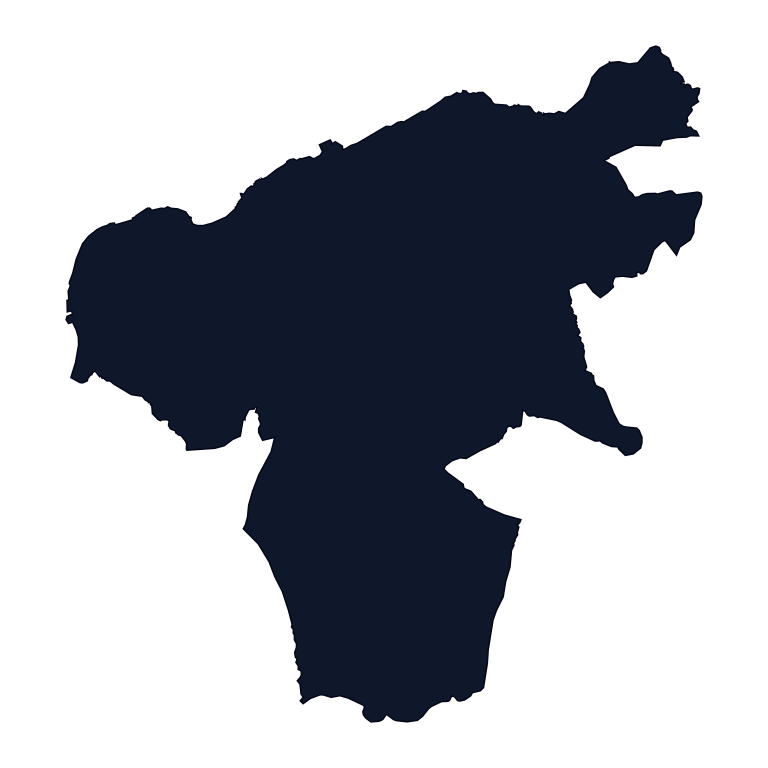 Kota Kupang, Nusa Tenggara Timur, Indonesia (Mercator projection)
{"feature_id": "22746128B56606429525327", "entity_name": "Kota Kupang", "entity_type": "district", "adm_level": 2, "iso_a3": "IDN", "parent_name": "Indonesia", "parent_adm1": "Nusa Tenggara Timur", "projection": "mercator", "projection_center": [123.613, -10.211], "detail": "fine", "context": "isolated", "style": "filled", "palette": "ink", "viewbox_px": 768, "rotation_deg": 0, "n_neighbors": 0, "source": "geoboundaries", "source_scale": "gbopen_adm2", "svg_char_len": 6042}
<svg xmlns="http://www.w3.org/2000/svg" viewBox="0 0 768 768"><path d="M70.9,377.6L80.0,382.6L82.6,382.9L87.4,380.8L87.7,378.7L90.3,375.2L91.9,374.6L92.6,372.7L95.1,371.0L99.7,376.8L101.1,376.0L102.0,378.2L103.6,378.2L106.8,380.9L110.2,381.0L113.6,383.9L131.3,394.6L142.3,396.3L145.1,399.9L148.3,401.6L148.5,402.6L150.3,402.5L150.5,404.6L151.8,405.8L152.4,413.6L158.1,419.6L160.5,420.7L161.6,419.9L167.2,419.7L169.2,420.9L168.5,425.4L170.4,428.9L175.3,430.8L175.7,432.7L178.9,435.2L180.8,435.3L185.3,440.9L186.7,444.1L186.3,449.0L186.9,450.2L214.7,448.3L224.3,445.7L232.5,439.5L240.3,436.0L242.9,420.6L243.9,419.4L245.0,419.9L245.1,417.3L248.2,411.0L249.5,409.4L254.2,409.0L255.2,406.8L257.0,407.4L255.5,412.2L258.8,413.6L258.6,414.9L259.7,415.2L258.6,418.6L260.4,422.8L260.5,424.9L258.6,428.4L258.7,432.6L262.6,440.3L274.7,437.4L271.1,451.8L258.8,474.9L252.6,491.3L248.7,505.0L247.5,517.1L245.5,524.7L243.3,528.8L258.2,543.8L269.1,561.8L274.8,576.6L282.4,591.6L288.5,610.3L292.1,624.3L291.5,627.1L293.4,629.5L293.2,633.2L294.4,634.8L294.4,639.9L296.5,643.7L296.4,647.5L294.7,652.5L295.4,657.2L297.1,659.0L296.0,662.5L298.4,666.2L298.2,669.5L300.7,670.6L301.3,672.1L301.3,675.0L300.4,677.1L297.3,680.8L300.0,684.1L301.1,694.0L303.2,697.3L300.2,700.8L303.1,703.7L310.6,698.3L320.1,694.8L323.1,694.9L331.2,697.3L339.9,695.7L348.3,698.1L363.3,705.2L364.6,707.0L362.8,711.8L363.5,715.0L365.9,718.2L370.9,721.9L378.6,721.3L381.3,720.4L383.2,718.9L386.4,714.3L393.6,719.6L396.2,720.6L407.2,721.8L417.5,720.3L422.7,716.1L428.6,708.6L431.4,706.4L441.5,701.6L448.1,701.3L449.6,700.4L451.6,696.0L454.6,696.8L457.6,700.6L459.8,701.0L464.5,700.0L470.5,696.0L472.5,692.6L480.3,690.8L483.5,687.6L487.3,663.6L488.2,649.7L493.0,620.1L496.4,610.4L503.2,596.8L505.6,581.7L510.0,567.0L511.5,550.3L513.9,545.3L513.7,543.3L513.1,543.2L514.8,541.4L515.3,538.6L517.7,534.7L517.2,532.8L518.8,527.1L517.3,525.1L519.7,522.7L520.9,519.7L503.9,514.9L485.9,507.0L483.0,504.4L482.5,501.9L480.2,499.5L478.2,499.7L470.8,491.2L465.2,489.0L463.7,487.7L463.2,484.3L447.8,473.0L443.9,469.0L445.5,465.7L452.0,460.7L460.1,457.8L466.1,458.5L479.7,450.8L495.4,443.6L497.2,441.7L498.2,442.1L500.5,438.6L502.0,438.6L503.7,434.4L506.3,431.2L506.7,427.7L509.0,426.2L511.2,426.3L513.2,428.3L516.4,426.8L519.9,426.4L521.1,425.1L522.7,410.3L525.3,411.3L527.3,414.7L529.2,416.0L534.6,415.6L537.6,417.5L540.0,416.9L556.6,420.3L561.5,422.4L580.4,434.3L595.2,441.1L600.1,440.8L602.5,442.9L611.5,446.5L617.9,446.9L618.7,449.0L625.3,455.4L633.3,453.9L640.6,448.0L641.9,443.0L642.0,437.4L639.2,430.5L636.8,428.1L625.8,427.0L622.9,426.3L619.0,423.7L613.3,412.6L605.7,392.9L603.4,389.1L595.9,385.5L593.8,380.6L593.5,375.8L591.8,374.8L591.2,373.3L585.0,370.6L586.6,366.9L583.7,356.8L584.3,351.2L583.6,348.8L582.3,348.3L583.7,346.8L582.6,343.4L581.4,342.7L580.5,340.5L580.8,337.7L577.6,335.5L579.9,332.4L578.7,329.2L576.8,327.4L577.2,325.3L575.7,324.3L576.8,322.3L575.7,320.4L576.5,318.8L576.3,316.2L572.6,314.0L573.1,312.0L572.4,309.2L569.4,305.3L571.3,303.3L570.9,301.4L571.5,300.3L569.6,295.3L568.7,289.4L578.6,283.7L585.9,282.2L593.2,291.9L600.4,297.7L607.6,292.5L613.5,286.9L612.5,284.0L613.4,279.9L615.1,276.9L622.4,276.2L632.1,277.3L636.8,275.9L636.3,273.2L638.9,271.9L640.6,273.7L642.8,273.7L646.4,270.9L653.9,249.7L662.3,241.6L665.3,240.5L676.5,255.2L679.7,247.1L690.3,239.8L693.7,232.9L694.6,219.9L701.0,204.7L701.9,196.5L700.8,193.2L697.6,192.1L676.1,194.9L672.0,191.1L669.7,190.9L657.4,194.1L655.3,193.4L647.0,193.6L642.3,194.7L638.6,197.0L634.6,197.4L632.1,193.5L627.8,189.8L626.0,184.8L616.0,167.3L603.7,160.5L608.9,158.2L609.2,156.7L635.0,145.2L660.1,145.8L662.6,140.2L676.9,137.5L686.5,137.1L690.3,135.7L698.7,135.9L696.4,131.2L693.2,130.0L690.6,127.1L687.1,127.3L685.6,123.6L687.8,121.2L687.1,117.1L691.9,110.9L692.1,109.3L690.6,107.0L698.6,101.6L697.3,99.7L697.0,96.9L699.0,93.3L699.6,88.6L697.6,87.9L692.6,89.3L691.1,88.2L690.4,85.6L688.3,84.3L686.8,84.3L685.5,86.5L685.4,85.0L684.0,84.0L680.7,83.8L681.0,82.3L684.1,81.8L682.4,77.2L677.6,72.3L673.0,71.4L672.5,70.7L673.6,69.8L672.9,67.8L671.4,66.8L670.7,63.1L668.6,58.1L662.2,54.3L660.4,52.0L660.6,50.4L659.2,47.4L655.8,46.1L650.3,48.0L637.8,62.8L629.3,64.0L618.8,61.7L610.6,62.5L609.4,61.9L609.3,63.0L599.7,68.5L592.1,77.4L589.9,84.4L583.6,97.7L565.4,113.5L558.8,111.5L554.4,113.9L549.2,113.3L545.0,113.9L543.6,113.2L543.9,115.3L542.9,115.4L540.9,112.7L538.5,111.9L537.5,113.2L535.6,113.4L533.3,111.4L530.5,107.2L528.8,106.2L520.6,106.1L518.2,104.6L517.7,105.9L514.2,105.1L512.5,106.4L509.1,107.2L506.4,105.1L494.6,104.3L492.6,102.7L490.6,99.1L483.0,92.4L478.6,92.5L475.8,93.5L473.6,92.8L469.8,94.0L467.1,92.5L466.4,91.2L462.9,90.5L462.4,92.6L460.8,93.6L458.2,93.4L457.0,92.5L450.9,96.2L445.1,97.3L440.5,101.3L426.2,110.8L424.9,111.5L422.3,111.2L403.8,122.0L401.4,121.6L397.7,122.4L391.1,126.6L386.2,126.3L357.2,143.4L351.1,145.4L344.9,149.1L342.7,149.5L342.4,146.1L335.2,141.7L331.8,144.2L331.7,142.1L330.2,139.9L319.4,144.8L322.5,151.6L320.2,155.3L314.7,158.4L312.9,158.6L309.6,156.6L301.4,158.9L300.2,158.5L296.6,160.5L293.7,158.9L289.6,159.7L286.8,161.6L287.1,162.5L283.8,165.2L276.6,169.5L266.9,177.1L262.8,179.1L261.8,178.6L262.1,179.3L261.0,179.7L259.6,179.1L255.4,181.5L255.5,182.7L253.9,183.8L254.2,185.5L252.6,186.5L251.2,186.0L247.3,188.9L244.2,193.7L242.1,194.2L241.9,193.6L240.5,193.5L241.9,198.1L238.4,201.9L238.7,203.0L237.5,203.6L236.4,207.1L235.4,207.1L235.3,208.7L226.2,217.0L211.8,223.3L203.0,225.6L197.0,225.5L192.7,223.9L190.9,219.7L191.2,217.5L188.9,216.5L185.7,211.9L177.8,208.9L171.2,208.3L167.6,206.8L164.5,208.5L161.2,208.2L152.0,210.3L149.6,208.1L147.3,208.2L136.0,215.7L136.0,216.5L132.4,218.2L132.6,219.8L117.0,224.4L115.1,224.5L114.3,223.0L109.7,223.6L107.3,225.4L102.5,226.9L97.1,229.5L88.7,236.2L82.5,243.8L76.2,259.2L72.8,273.0L69.5,281.9L69.3,283.8L70.5,285.4L68.2,291.1L68.8,299.8L67.0,300.4L67.3,311.9L71.6,310.8L72.5,314.1L67.1,316.3L66.1,319.7L68.5,323.5L72.6,322.2L73.2,323.4L76.3,330.0L78.3,336.9L78.6,344.8L75.5,362.7L70.9,377.6Z" fill="#0f172a" stroke="#020617" stroke-width="1.5"/></svg>